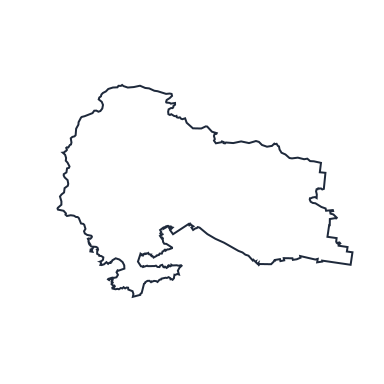 Wellington City, Wellington, New Zealand, rotated 68°
{"feature_id": "76426892B25406189221199", "entity_name": "Wellington City", "entity_type": "district", "adm_level": 2, "iso_a3": "NZL", "parent_name": "New Zealand", "parent_adm1": "Wellington", "projection": "orthographic", "projection_center": [174.755, -41.253], "detail": "fine", "context": "isolated", "style": "outline", "palette": "slate", "viewbox_px": 384, "rotation_deg": 68, "n_neighbors": 0, "source": "geoboundaries", "source_scale": "gbopen_adm2", "svg_char_len": 6029}
<svg xmlns="http://www.w3.org/2000/svg" viewBox="0 0 384 384"><g transform="rotate(68 192 192)"><path d="M213.3,61.5L209.2,67.5L207.6,70.9L204.3,72.6L203.6,75.8L199.8,81.0L198.3,86.7L197.0,88.9L192.2,91.3L189.1,94.3L185.4,94.9L182.3,94.3L181.4,95.1L179.0,95.5L178.7,97.2L178.0,97.6L179.2,100.6L178.1,105.5L174.6,109.5L170.6,111.2L168.7,113.6L168.0,120.8L163.5,127.5L162.1,135.4L158.8,142.0L159.3,143.1L159.0,143.7L158.5,144.4L157.6,143.9L156.3,145.3L156.9,146.0L155.8,151.6L152.6,152.4L151.5,151.0L148.3,150.7L146.8,149.4L147.2,147.6L146.7,147.0L143.6,150.9L137.0,153.4L136.3,154.7L136.6,159.6L133.3,167.3L125.8,171.0L121.1,170.8L120.9,173.6L120.1,174.6L118.2,175.3L118.0,176.9L117.1,178.0L115.7,177.9L115.8,178.6L114.8,180.1L112.1,182.1L112.3,183.6L111.1,184.7L108.7,184.1L106.6,182.7L106.3,180.0L106.9,178.7L106.6,177.8L105.3,177.0L104.7,175.0L103.1,174.4L102.1,178.6L101.1,179.2L99.5,182.2L98.8,182.3L97.2,181.0L96.6,177.6L95.4,174.5L93.4,174.2L92.4,175.7L91.3,179.3L85.7,186.1L84.0,189.0L79.9,192.9L78.0,196.4L74.0,200.4L72.9,206.6L71.1,212.4L68.1,215.9L66.6,216.7L67.0,218.1L66.0,220.4L67.0,221.9L65.5,226.2L65.1,231.0L66.5,234.2L66.8,237.5L67.7,239.5L69.2,240.6L69.7,242.6L71.2,243.8L74.6,241.9L77.9,241.9L81.0,243.9L82.6,246.6L82.5,248.7L80.7,250.2L80.0,252.2L81.6,254.7L81.5,263.2L81.1,266.0L81.4,267.0L84.8,271.0L87.0,272.1L89.9,275.7L95.7,278.6L96.4,280.1L96.1,282.3L96.8,284.3L100.9,285.2L102.6,286.4L102.7,287.7L104.4,290.0L103.7,291.2L104.0,292.1L106.1,292.2L106.9,293.8L106.9,294.9L107.5,295.6L107.1,297.1L109.9,295.7L113.3,296.0L115.7,297.3L118.1,296.4L122.4,296.0L123.5,297.0L123.3,299.0L126.8,301.1L127.4,304.2L128.7,304.8L130.8,304.6L134.4,302.9L138.1,303.7L139.7,304.8L140.7,308.7L144.5,310.8L145.4,313.9L146.7,316.1L151.8,316.6L154.9,317.9L156.4,322.3L157.0,322.9L158.1,322.9L161.3,318.1L164.6,316.9L165.6,317.8L167.4,316.9L168.1,313.2L169.7,310.4L171.7,308.9L172.4,307.4L173.8,306.7L179.6,306.7L180.8,304.8L182.0,304.2L186.3,304.6L187.9,306.8L190.3,306.9L192.5,305.3L194.8,301.8L195.7,301.5L196.5,302.0L197.3,303.7L196.3,305.3L196.4,306.1L198.4,306.0L199.0,306.5L201.7,306.1L201.3,306.8L202.2,306.8L204.9,305.7L206.9,301.6L208.2,300.5L209.8,300.6L209.9,301.7L211.0,301.4L211.4,302.1L213.8,303.1L215.6,301.7L216.4,301.9L217.4,300.1L219.4,298.7L221.5,299.9L222.1,301.6L222.1,303.0L222.5,302.4L223.4,303.2L224.4,303.1L225.3,304.2L225.9,303.2L226.1,300.7L225.0,297.6L227.2,296.7L226.7,295.5L227.3,294.1L226.3,293.6L226.6,292.7L225.5,291.4L224.9,287.6L227.4,284.6L231.0,282.6L234.6,282.3L237.7,283.4L237.4,289.8L236.0,290.6L237.1,290.4L238.1,292.0L241.1,291.7L242.8,294.0L242.4,296.4L241.6,297.8L241.2,302.1L241.5,302.6L242.7,301.8L241.5,299.1L242.7,298.0L243.5,298.3L243.2,299.1L244.5,299.4L245.0,300.2L245.7,300.3L245.7,299.5L246.3,299.4L247.2,301.1L249.0,300.4L249.6,299.1L250.5,298.9L251.0,299.7L250.9,301.7L251.7,301.9L253.5,299.4L253.9,297.3L254.8,296.2L254.3,294.0L255.3,292.7L254.6,291.1L256.3,290.1L256.1,288.3L256.8,287.1L258.6,287.6L261.7,284.3L264.6,284.5L267.0,286.1L268.0,278.5L267.0,277.8L266.8,276.5L259.7,271.3L260.3,270.6L259.7,271.3L259.2,271.0L258.9,269.7L258.2,269.2L257.7,266.6L258.4,264.7L260.2,263.8L259.8,262.9L260.2,262.6L260.2,260.5L261.3,258.5L262.5,257.7L261.2,255.0L261.5,253.3L260.9,252.8L261.6,248.6L262.3,247.5L262.2,245.6L263.8,244.4L264.9,244.6L265.1,243.6L266.1,242.9L265.2,241.1L262.2,239.3L262.6,238.9L262.5,236.4L263.6,235.0L259.7,234.6L257.6,232.1L256.5,229.3L255.8,229.6L255.3,232.1L254.2,233.6L252.8,237.6L251.7,238.4L252.6,238.9L252.8,239.8L251.2,241.1L251.5,242.5L251.5,241.2L251.9,241.3L252.2,242.7L252.5,242.2L252.9,244.0L251.1,245.0L251.5,245.9L251.0,246.6L248.4,246.9L248.3,248.9L249.4,250.3L248.5,252.1L246.8,253.0L246.6,254.6L244.2,260.7L243.7,261.0L243.6,260.5L243.2,265.5L242.7,265.5L242.5,263.9L242.6,265.7L241.7,267.2L236.3,268.2L230.5,263.3L231.9,263.2L230.2,262.9L232.4,262.6L230.5,262.5L231.1,261.8L232.3,261.9L231.1,261.8L231.9,261.1L233.2,262.0L231.4,260.2L231.4,259.0L232.0,258.9L232.2,257.8L231.8,257.4L232.3,256.6L232.1,255.4L233.6,255.2L234.5,253.7L235.0,254.9L234.8,253.7L236.4,253.5L236.6,252.6L238.4,252.2L238.0,248.8L237.6,248.5L238.0,246.3L237.0,245.1L237.8,243.0L236.1,241.6L236.2,240.4L235.3,239.0L235.6,238.3L236.5,238.3L236.0,236.3L236.5,235.1L236.6,231.6L236.0,231.3L230.5,235.2L229.6,237.1L227.6,237.5L224.9,236.9L223.5,235.9L223.8,236.5L223.1,236.8L223.5,237.5L220.7,238.1L220.1,234.2L220.1,236.7L218.5,236.9L217.8,235.5L215.3,235.8L214.2,231.7L214.5,230.2L215.3,231.1L215.0,228.7L214.3,229.9L214.1,229.0L214.4,226.9L215.1,226.4L215.6,227.5L215.4,226.3L215.7,225.6L216.4,227.1L215.9,224.9L216.4,224.5L217.1,226.6L217.5,226.5L217.1,224.1L217.7,223.3L219.1,226.6L224.0,225.4L220.3,206.6L220.8,206.0L221.0,206.5L220.9,206.0L221.4,207.7L221.2,206.7L221.5,206.6L221.0,205.8L221.4,205.8L222.1,208.0L221.6,205.5L224.3,203.6L224.7,205.8L227.6,205.2L227.0,202.4L227.3,201.2L226.7,199.8L227.9,198.3L236.8,193.5L244.2,187.8L251.0,181.3L264.0,171.0L267.0,167.8L270.1,166.0L272.2,163.5L278.3,161.3L277.8,160.5L280.4,159.3L280.3,158.7L280.9,159.2L283.1,158.2L282.7,157.1L283.5,157.7L284.7,157.4L284.1,156.3L288.6,145.7L287.2,142.4L286.4,141.5L286.7,140.7L286.1,140.5L287.2,135.6L289.2,135.9L289.9,132.1L287.7,131.7L291.1,123.7L292.7,123.9L293.6,120.1L293.6,116.0L291.9,115.7L300.8,103.0L301.1,100.5L304.1,102.3L305.3,97.3L304.4,97.0L318.9,72.2L308.0,65.8L305.2,70.7L301.3,68.4L296.7,76.2L295.8,75.8L295.2,73.8L294.0,74.2L293.7,75.6L294.4,76.2L293.3,76.9L292.0,76.9L288.9,75.2L284.3,83.2L274.0,77.2L274.3,76.7L268.7,74.3L269.8,69.4L270.5,68.1L270.1,67.4L265.8,69.3L263.9,71.7L261.8,71.2L262.5,68.3L261.5,68.2L259.6,74.7L257.3,74.3L254.4,77.6L248.7,81.8L247.4,84.1L245.5,85.6L243.2,85.7L242.0,85.0L242.4,83.6L242.2,82.5L242.8,79.8L244.3,78.7L241.0,77.2L237.8,76.7L236.1,75.4L236.5,74.4L235.9,73.8L236.1,73.0L236.6,72.7L237.0,71.1L238.4,70.3L238.5,68.6L224.2,61.1L221.6,66.1L213.3,61.5ZM210.1,306.7L208.2,306.7L207.8,307.8L209.0,308.5L210.1,306.7ZM207.3,306.9L208.2,306.6L207.3,305.5L207.3,306.9Z" fill="none" stroke="#1e293b" stroke-width="2"/></g></svg>